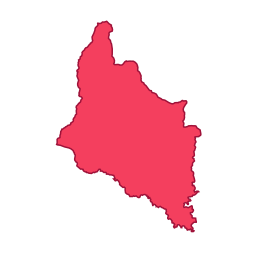 Santa Cruz (Guachavés), Nariño, Colombia (orthographic projection), rotated 176°
{"feature_id": "7082276B62156244785095", "entity_name": "Santa Cruz (Guachavés)", "entity_type": "district", "adm_level": 2, "iso_a3": "COL", "parent_name": "Colombia", "parent_adm1": "Nariño", "projection": "orthographic", "projection_center": [-77.738, 1.278], "detail": "fine", "context": "isolated", "style": "filled", "palette": "rose", "viewbox_px": 256, "rotation_deg": 176, "n_neighbors": 0, "source": "geoboundaries", "source_scale": "gbopen_adm2", "svg_char_len": 5689}
<svg xmlns="http://www.w3.org/2000/svg" viewBox="0 0 256 256"><g transform="rotate(176 128 128)"><path d="M200.2,116.8L199.8,116.6L200.1,116.4L199.6,116.1L196.7,115.5L192.6,113.6L188.2,112.2L186.4,111.2L184.2,109.3L184.0,108.0L183.3,107.2L183.3,106.0L182.6,104.9L182.6,103.8L183.4,100.7L183.2,99.2L182.4,98.3L182.4,97.9L181.3,97.2L181.1,96.6L181.0,95.5L181.6,94.3L181.6,93.7L178.2,90.3L177.2,90.3L175.6,89.8L175.7,88.9L175.1,88.1L173.5,87.1L172.6,87.1L172.3,86.4L171.2,86.3L170.3,85.7L167.6,85.2L165.7,86.2L164.3,85.8L163.7,86.3L161.9,86.5L159.9,88.8L158.8,88.8L158.4,88.2L158.5,86.9L156.8,86.8L155.1,85.3L153.2,85.3L152.7,84.4L152.7,83.5L151.0,83.4L149.4,82.5L148.2,82.5L145.5,81.6L144.4,78.2L144.9,77.9L145.6,78.2L145.9,78.2L144.4,76.2L143.6,76.3L142.7,77.2L142.3,77.0L141.9,76.3L141.1,75.9L141.0,75.2L140.5,74.5L140.2,73.4L140.3,72.2L139.6,71.3L137.2,69.1L135.8,69.2L134.9,68.1L135.2,66.6L135.0,63.6L133.6,62.2L131.8,61.5L130.9,59.5L128.2,59.3L127.2,59.9L126.5,59.4L124.5,59.6L122.9,58.1L121.9,57.8L120.9,58.3L120.4,59.6L119.9,60.1L118.9,60.3L118.2,59.9L117.3,60.4L115.7,60.5L114.8,59.8L113.9,59.5L114.1,58.9L113.5,58.2L112.5,58.2L112.5,57.8L113.0,57.2L113.0,56.7L112.3,56.3L111.5,57.0L111.2,57.0L111.3,56.4L110.3,55.3L110.8,54.0L110.3,52.8L109.6,52.6L109.2,52.0L108.7,49.0L108.4,49.0L108.0,50.1L107.4,50.1L106.1,49.5L105.9,48.9L105.1,48.2L105.3,47.6L104.5,47.7L103.2,46.6L102.2,47.4L101.1,47.5L100.0,46.4L98.6,45.8L97.3,44.7L96.4,44.6L95.7,44.2L95.5,43.9L95.7,43.2L95.5,42.0L96.0,41.3L96.2,40.0L93.9,38.1L94.2,36.7L94.6,35.9L94.6,34.9L94.0,34.2L92.8,34.5L91.9,34.2L90.5,32.2L90.8,31.3L90.6,30.2L90.3,30.1L89.5,30.2L88.2,28.8L88.2,28.5L88.8,28.0L88.8,27.4L89.4,26.3L88.8,25.2L88.4,25.1L87.8,25.9L87.0,25.8L86.0,26.1L85.5,27.7L84.9,28.0L84.0,27.9L83.6,27.7L82.3,25.9L82.0,24.9L81.3,24.8L81.2,26.0L80.3,26.5L79.3,26.5L78.4,25.9L78.0,24.4L76.4,23.7L76.3,22.6L76.0,22.1L75.7,22.0L75.0,22.4L73.6,22.2L73.0,22.7L72.3,22.9L71.7,22.3L72.1,20.9L71.9,20.3L70.2,20.1L69.4,20.6L69.3,20.8L70.0,21.0L70.7,21.7L70.6,22.2L70.2,22.8L70.3,23.6L70.6,24.2L71.6,25.2L71.7,26.7L71.4,27.3L68.8,29.4L66.5,29.3L66.4,30.1L66.7,31.1L66.8,33.3L70.1,33.8L70.3,34.2L70.2,36.0L71.7,37.9L71.6,39.2L69.7,39.3L68.5,41.0L68.6,42.2L69.7,42.7L69.4,44.3L69.5,45.7L70.1,45.9L73.1,44.4L73.9,44.5L75.6,45.3L77.6,44.9L77.9,45.5L77.9,46.3L77.1,47.7L77.5,48.8L77.0,49.2L75.4,49.5L74.6,48.9L73.9,47.6L73.2,47.6L73.0,48.2L73.4,49.7L73.1,50.5L72.3,50.8L70.7,50.9L70.4,51.3L71.2,52.7L72.2,52.8L72.5,53.1L73.0,54.3L72.9,54.7L70.9,55.2L70.4,55.0L69.1,55.4L68.7,55.3L67.9,56.5L66.9,56.4L65.8,56.8L64.1,58.1L63.3,59.2L61.9,59.5L62.3,60.0L63.7,60.2L66.0,59.5L66.5,61.0L65.4,62.4L65.2,63.6L66.4,66.2L67.4,65.9L67.9,66.3L67.6,67.7L67.8,69.2L67.2,69.4L65.7,69.4L65.1,70.4L65.4,72.9L66.2,76.3L65.8,77.4L65.7,78.6L66.0,79.5L67.3,80.7L67.8,81.4L67.4,83.2L67.7,84.5L66.2,86.4L66.3,87.5L65.8,88.9L64.0,90.5L64.5,92.3L64.4,92.8L65.4,93.3L65.7,93.9L65.2,94.8L64.1,95.4L63.7,96.2L63.8,98.9L64.0,99.4L63.9,100.2L63.2,100.8L61.9,104.2L62.9,105.8L62.0,108.4L61.4,108.9L61.2,109.5L62.0,111.8L61.5,113.0L61.9,114.1L61.7,114.5L58.0,114.5L57.1,115.3L56.2,115.5L55.8,116.4L55.8,117.6L56.2,121.0L59.1,123.2L60.1,125.2L60.9,125.5L62.8,125.6L64.3,125.9L67.5,125.9L68.5,125.3L70.7,124.9L72.2,125.1L72.4,125.3L72.4,127.1L72.0,128.1L72.0,129.0L72.7,130.6L72.7,131.3L71.6,132.3L70.9,134.5L70.9,136.6L70.6,137.5L70.5,139.1L70.5,139.7L71.4,140.5L71.6,142.9L71.1,144.4L69.1,147.3L67.7,148.8L67.6,150.2L68.2,151.1L71.1,151.1L71.5,151.6L72.1,151.6L73.9,150.4L75.8,150.1L76.0,149.8L79.4,150.0L80.8,149.2L81.9,149.0L83.1,149.3L85.5,150.5L89.3,153.2L91.9,153.9L93.0,155.0L95.9,156.6L97.4,159.8L99.3,161.0L101.6,161.7L102.2,163.6L103.6,163.9L104.3,164.6L107.1,169.0L108.7,170.4L109.1,171.8L110.9,172.9L111.2,173.5L111.7,174.6L111.4,176.7L111.6,177.3L111.3,179.1L111.5,179.7L112.4,182.3L113.2,183.6L114.4,184.5L113.9,188.1L114.3,188.7L114.2,189.4L114.8,191.3L116.2,193.0L117.9,194.2L121.9,194.6L124.7,194.5L125.1,195.0L126.5,194.3L128.4,192.1L129.8,191.2L131.9,191.4L132.4,191.8L133.5,192.1L136.7,192.1L137.3,192.4L137.7,193.0L137.7,193.5L137.1,194.0L136.8,196.3L137.4,198.7L139.0,200.8L138.6,202.7L138.2,208.0L138.6,213.1L139.1,214.2L139.5,216.7L141.2,218.7L140.8,221.2L140.3,222.1L140.4,223.6L140.1,224.4L139.2,225.1L137.0,225.7L136.6,227.0L136.8,229.0L137.7,230.9L137.4,231.5L137.4,231.8L139.6,233.3L141.8,235.9L144.4,235.3L146.1,235.5L147.4,234.4L149.1,234.2L150.8,234.7L151.0,234.4L150.8,233.1L151.1,232.3L153.3,230.5L153.8,229.7L154.2,227.8L155.5,224.8L157.5,221.3L157.4,218.8L157.1,217.8L157.7,216.4L158.5,215.6L159.5,215.3L160.1,214.3L161.5,213.2L162.1,212.2L163.1,211.3L164.6,210.9L165.7,209.7L165.9,209.0L167.8,207.5L168.6,206.5L168.5,205.2L169.1,203.4L169.6,202.8L170.4,202.6L170.7,202.1L170.9,200.3L172.6,199.3L172.3,198.2L173.1,196.9L173.0,195.8L173.4,194.8L173.4,193.5L172.7,192.0L172.8,190.9L173.7,189.8L174.5,189.4L175.0,188.6L174.8,187.7L174.1,187.4L174.7,186.2L174.7,185.0L175.2,184.0L175.2,183.0L173.9,179.1L175.1,176.0L175.2,174.3L174.7,172.4L173.9,171.3L173.2,170.8L173.1,170.2L174.1,167.0L174.4,166.5L174.2,166.2L174.5,165.4L174.2,165.0L174.7,164.0L174.3,163.7L174.4,163.2L174.1,162.9L172.6,162.4L171.8,161.6L171.6,160.6L173.0,159.2L173.3,158.0L173.7,157.1L174.3,156.9L174.8,156.2L175.4,156.1L176.6,154.6L178.0,153.4L178.3,152.1L177.8,150.7L178.4,148.9L178.4,145.4L179.5,144.7L180.5,142.3L181.5,141.6L182.1,140.3L181.9,139.7L182.1,138.7L182.8,138.0L184.8,136.9L184.8,136.0L185.4,135.6L185.8,135.0L187.6,134.9L189.3,133.7L190.2,133.5L190.8,132.8L191.8,132.5L193.4,131.3L194.0,131.5L194.7,130.0L195.3,129.3L195.7,126.8L196.3,125.5L196.6,123.2L198.7,122.5L199.5,121.6L199.7,118.0L200.2,116.8Z" fill="#f43f5e" stroke="#9f1239" stroke-width="1.5"/></g></svg>